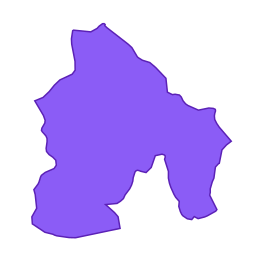 the border of La Paz, rotated 86°
{"feature_id": "HND-649", "entity_name": "La Paz", "entity_type": "Department", "adm_level": 1, "iso_a3": "HND", "parent_name": "Honduras", "parent_adm1": "", "projection": "mercator", "projection_center": [-87.867, 14.132], "detail": "fine", "context": "isolated", "style": "filled", "palette": "violet", "viewbox_px": 256, "rotation_deg": 86, "n_neighbors": 0, "source": "natural_earth", "source_scale": "10m", "svg_char_len": 1724}
<svg xmlns="http://www.w3.org/2000/svg" viewBox="0 0 256 256"><g transform="rotate(86 128 128)"><path d="M40.4,178.3L35.1,178.2L27.1,176.4L26.6,175.5L29.5,158.4L26.5,151.9L24.4,149.7L22.2,146.2L22.2,144.6L23.1,143.6L24.3,144.0L26.4,142.1L44.5,121.9L48.1,118.5L57.7,113.7L58.6,112.8L61.4,108.9L64.2,101.7L69.6,96.2L81.1,86.7L95.0,86.2L97.8,81.4L97.6,78.7L98.7,74.4L100.8,72.7L104.7,71.2L107.9,68.9L109.7,66.7L115.1,56.5L113.7,46.0L114.4,41.5L115.5,39.6L117.1,39.5L119.4,40.4L122.0,41.0L125.5,40.9L129.6,39.2L133.6,36.9L148.4,25.9L151.8,31.0L156.4,35.8L169.6,39.4L169.8,40.1L172.9,43.4L173.9,43.7L184.0,45.8L187.6,47.7L194.4,50.2L197.9,50.4L200.7,51.2L215.6,45.0L217.1,46.3L221.2,55.1L222.1,57.8L223.3,64.4L221.0,68.1L223.8,70.8L222.7,75.2L219.5,79.3L218.0,80.4L215.0,81.6L209.8,82.8L204.8,82.0L200.4,85.3L197.3,86.8L190.2,89.4L186.0,90.5L180.8,91.2L174.1,90.7L161.7,93.7L159.7,92.9L159.2,92.9L158.2,93.0L157.5,93.5L156.5,95.9L157.5,102.7L169.0,107.6L173.7,113.1L172.0,118.5L171.3,119.8L170.8,121.6L171.2,122.9L172.4,124.1L178.0,126.3L181.3,126.9L185.1,128.4L188.7,130.5L194.6,135.6L198.1,137.5L200.5,140.6L202.5,144.2L202.8,155.7L211.5,147.3L215.8,144.1L227.6,142.9L233.8,187.9L233.2,194.4L230.6,206.5L229.7,208.8L228.8,210.2L226.2,218.2L217.0,230.1L209.9,230.1L201.7,224.7L188.0,225.2L182.9,226.2L177.6,221.6L175.6,220.5L170.9,218.7L169.2,217.7L166.5,213.6L163.3,204.6L160.1,202.1L155.1,202.3L151.8,205.1L149.0,208.6L145.8,210.9L142.6,211.1L136.1,209.7L132.8,209.5L130.2,210.4L125.9,213.7L124.4,214.5L122.1,213.9L117.2,210.6L115.3,210.3L114.6,210.1L109.6,211.5L94.4,219.1L91.6,210.6L86.2,204.1L80.1,198.4L75.3,192.6L70.4,179.9L66.6,176.7L57.8,176.2L40.4,178.3Z" fill="#8b5cf6" stroke="#5b21b6" stroke-width="1.5"/></g></svg>